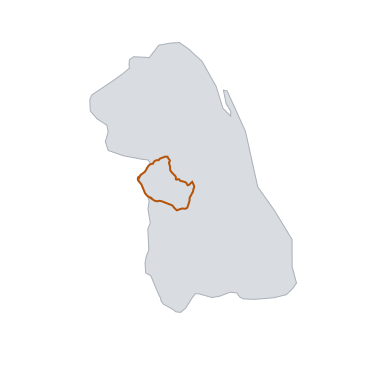 Cabañas on a map of El Salvador (Equal Earth projection), rotated 225°
{"feature_id": "SLV-1344", "entity_name": "Cabañas", "entity_type": "Department", "adm_level": 1, "iso_a3": "SLV", "parent_name": "El Salvador", "parent_adm1": "", "projection": "equal_earth", "projection_center": [-88.722, 13.882], "detail": "fine", "context": "in_parent", "style": "outline", "palette": "amber", "viewbox_px": 384, "rotation_deg": 225, "n_neighbors": 0, "source": "natural_earth", "source_scale": "10m", "svg_char_len": 2464}
<svg xmlns="http://www.w3.org/2000/svg" viewBox="0 0 384 384"><g transform="rotate(225 192 192)"><path d="M139.4,94.9L142.3,95.6L161.8,103.6L167.6,102.1L174.9,108.5L178.5,113.6L181.6,120.5L197.0,134.5L199.6,140.6L211.1,148.8L215.7,155.1L220.6,157.7L230.2,160.1L238.4,163.5L239.4,165.8L240.2,175.1L241.9,183.0L245.9,183.5L250.6,179.7L266.0,169.2L280.6,162.1L288.9,166.3L293.7,175.1L299.3,179.0L310.9,176.6L321.3,177.4L329.6,185.1L331.5,189.6L326.5,215.1L324.7,226.0L323.8,235.3L326.8,237.7L329.7,241.3L329.0,246.3L320.0,254.5L317.2,256.6L319.3,272.4L312.6,282.0L306.5,288.8L295.6,290.7L277.3,291.5L249.6,283.7L229.3,273.1L218.3,273.0L221.7,276.5L230.4,278.7L241.8,286.2L238.6,288.3L197.1,272.7L149.1,242.1L120.5,237.2L87.7,229.2L68.3,209.9L53.7,201.5L52.5,194.2L52.7,186.1L59.3,175.2L71.6,160.6L79.8,153.0L83.6,151.5L89.0,152.3L94.2,148.1L98.7,138.0L103.3,131.5L115.1,124.9L117.8,122.3L116.9,116.7L114.4,105.7L114.8,99.0L118.6,95.9L123.2,95.3L132.8,92.5L137.0,93.1L139.4,94.9Z" fill="#d9dde1" stroke="#a8b0b8" stroke-width="1"/><path d="M217.7,158.3L217.6,158.6L218.4,158.2L221.3,157.6L224.3,157.9L233.1,161.6L238.3,162.1L239.4,162.7L240.4,164.1L240.4,164.6L240.3,164.9L240.3,165.0L240.2,165.1L239.6,165.0L239.8,165.4L240.4,167.1L240.3,168.9L239.9,170.8L239.6,173.2L240.0,174.7L241.2,178.8L241.3,181.3L240.3,183.5L240.1,183.8L239.6,184.4L240.3,186.3L240.1,188.2L239.3,189.8L238.1,190.8L238.3,193.0L237.2,195.2L236.1,197.9L234.3,199.6L233.2,199.2L230.2,198.7L229.8,198.5L229.6,198.3L229.4,197.9L229.3,197.6L229.2,196.7L229.0,196.4L228.7,196.1L227.9,195.8L227.6,195.7L226.8,195.1L225.6,194.5L225.3,194.3L223.1,192.2L222.9,192.1L221.6,191.7L220.0,191.6L219.2,191.5L215.5,191.5L214.7,191.4L214.1,191.2L212.4,189.6L212.0,189.7L211.6,189.9L211.0,191.0L210.7,191.5L210.3,191.8L209.6,191.8L208.7,191.5L208.0,191.8L204.3,193.9L203.2,194.3L202.4,194.5L201.2,194.0L200.5,193.8L199.8,193.7L199.4,194.3L199.2,194.8L199.0,199.3L195.0,197.9L194.0,197.1L193.8,196.7L193.1,195.2L192.0,193.6L191.5,192.7L191.2,192.1L191.1,191.0L190.9,190.4L190.3,189.1L190.2,188.4L190.1,187.7L189.7,186.5L189.1,185.7L188.2,184.8L187.4,183.8L185.2,179.6L184.6,178.3L184.3,177.3L184.4,176.8L184.5,176.4L184.6,176.0L184.8,175.6L184.9,175.4L185.2,175.1L186.7,173.9L187.2,173.5L187.6,172.9L187.9,172.2L188.1,171.9L189.8,168.3L193.2,168.2L196.3,168.6L197.9,168.0L199.6,167.2L206.8,164.1L208.2,163.2L209.0,162.5L209.9,160.9L212.3,159.4L217.7,158.3Z" fill="none" stroke="#b45309" stroke-width="2"/></g></svg>